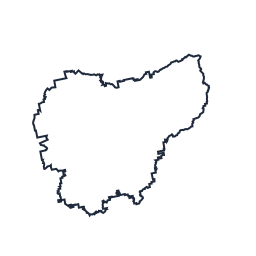 the district of Lockyer Valley, Queensland, Australia, rotated 250°
{"feature_id": "25037944B69715811070998", "entity_name": "Lockyer Valley", "entity_type": "district", "adm_level": 2, "iso_a3": "AUS", "parent_name": "Australia", "parent_adm1": "Queensland", "projection": "natural_earth1", "projection_center": [152.214, -27.681], "detail": "fine", "context": "isolated", "style": "outline", "palette": "slate", "viewbox_px": 256, "rotation_deg": 250, "n_neighbors": 0, "source": "geoboundaries", "source_scale": "gbopen_adm2", "svg_char_len": 5748}
<svg xmlns="http://www.w3.org/2000/svg" viewBox="0 0 256 256"><g transform="rotate(250 128 128)"><path d="M201.0,94.5L201.7,89.9L202.3,90.0L202.7,87.5L198.4,87.1L195.9,87.2L197.7,74.9L191.1,73.7L192.1,70.0L190.6,67.1L192.7,65.9L192.0,64.6L190.6,62.8L188.7,61.2L187.8,61.5L186.9,60.1L185.4,59.9L185.2,61.1L183.5,59.8L183.7,58.4L181.2,58.0L181.5,55.9L181.0,54.1L181.2,52.5L174.3,51.4L175.4,50.8L175.6,49.4L171.8,48.8L172.4,44.6L169.5,43.7L166.6,41.3L165.0,40.5L163.6,40.3L162.8,40.6L157.4,39.7L157.1,40.6L150.0,39.5L148.6,49.1L147.1,47.9L144.5,48.5L143.8,40.0L141.7,40.4L141.3,41.3L140.6,42.2L140.5,42.9L140.1,42.8L137.5,44.8L136.4,45.0L135.4,43.8L135.6,43.3L135.2,42.8L135.9,37.6L127.3,36.2L127.2,36.7L127.0,36.4L125.6,36.9L124.8,36.8L124.2,36.3L124.0,37.0L123.4,37.0L122.4,36.8L120.6,35.7L118.3,35.3L118.0,35.8L118.9,38.5L119.4,38.9L119.1,41.8L119.5,42.8L117.2,42.1L114.8,42.2L114.2,46.5L112.3,47.5L111.0,47.8L111.3,49.3L110.2,52.3L109.9,53.8L110.3,53.9L110.2,54.5L108.7,54.3L108.5,53.7L108.9,52.9L108.8,52.0L106.6,51.6L106.0,52.8L104.9,52.9L105.0,52.3L104.6,51.6L104.9,50.1L104.8,49.5L103.6,49.3L103.8,47.3L98.9,46.5L99.1,45.1L96.2,44.6L96.3,43.5L95.6,43.9L94.1,43.6L94.4,41.8L92.5,41.4L92.7,40.3L91.1,40.0L91.5,39.0L91.0,39.5L90.0,39.9L89.8,40.6L89.9,41.4L86.7,40.8L86.4,41.1L83.5,40.6L84.0,37.7L82.2,37.4L81.8,39.9L83.0,40.7L82.5,43.9L78.3,43.0L75.5,45.0L75.8,45.0L75.4,48.4L74.9,48.7L73.1,47.3L73.6,47.0L72.7,46.8L72.5,49.8L74.4,50.1L74.1,52.2L73.7,52.2L73.4,55.2L69.9,54.6L69.3,59.3L69.1,59.6L68.4,59.2L67.5,59.3L67.7,58.0L67.3,57.8L66.0,58.9L66.2,59.5L64.9,59.7L63.2,60.6L62.4,60.2L62.1,60.5L62.0,61.3L61.1,61.9L59.0,62.1L59.8,63.1L58.9,65.0L59.2,65.9L58.3,67.0L58.5,67.3L59.4,67.3L59.6,68.2L59.2,68.9L60.2,68.9L60.4,69.6L59.6,70.3L59.0,71.5L59.2,71.8L60.1,72.3L59.6,73.0L59.6,73.9L59.2,74.6L58.9,74.7L58.3,74.3L56.7,75.6L57.1,77.2L57.7,78.2L58.4,78.8L59.2,78.9L59.0,80.4L59.6,80.2L60.0,80.6L60.6,76.9L62.2,77.1L63.0,77.7L64.7,77.9L65.8,78.8L67.0,79.0L67.1,79.3L67.9,79.1L68.1,80.2L66.1,80.8L66.3,81.7L65.3,82.5L67.0,84.1L66.6,86.5L67.7,86.9L68.1,86.4L69.5,86.4L69.1,89.2L68.5,89.0L67.4,96.5L67.6,96.6L68.9,95.4L70.4,94.7L70.8,94.9L70.1,95.8L70.9,95.9L70.8,96.3L71.3,96.4L71.4,96.0L72.7,96.2L72.5,97.6L71.4,97.5L70.3,97.9L69.8,97.7L67.6,98.1L67.0,102.4L66.0,102.2L65.6,105.0L63.9,105.0L63.8,105.7L61.7,105.4L61.5,107.3L62.9,107.5L62.6,109.2L59.9,108.7L59.7,109.6L58.1,109.1L57.4,107.9L56.9,108.1L56.9,108.4L54.9,108.0L54.6,110.1L53.5,109.9L53.3,112.6L54.2,113.7L55.1,113.9L55.6,115.7L57.0,118.1L58.5,118.1L59.2,117.1L59.9,117.3L60.3,116.4L61.1,116.4L62.2,117.3L62.9,117.4L63.8,117.1L64.2,117.3L64.5,117.8L64.0,119.6L65.0,120.7L65.2,121.3L65.0,122.9L65.6,123.0L66.3,125.5L65.0,126.0L64.9,126.6L65.2,127.4L65.1,128.4L68.1,128.8L67.7,131.2L69.2,131.5L68.7,134.6L70.9,135.3L71.1,133.8L77.2,134.7L76.6,138.9L78.1,139.0L78.9,139.9L79.0,139.3L81.0,139.5L80.9,140.6L81.7,140.1L82.0,140.2L82.1,140.7L82.6,140.5L84.0,140.8L84.4,141.5L85.3,142.2L85.9,142.1L86.2,142.8L86.9,142.9L87.4,143.6L88.2,143.0L87.8,145.6L90.1,146.0L89.9,147.2L88.6,146.9L88.2,149.1L90.2,149.4L90.8,151.7L90.4,152.6L92.5,153.0L93.3,147.7L95.5,148.1L94.6,154.2L96.2,154.5L96.0,155.1L102.4,156.3L102.1,158.4L104.4,158.8L104.0,159.6L104.0,160.4L102.1,160.0L102.5,160.5L103.0,160.6L103.5,161.3L105.0,161.7L105.5,162.9L106.2,163.6L106.5,164.8L106.5,166.4L107.0,167.2L106.5,167.5L104.6,167.4L104.6,168.0L104.2,168.3L104.1,169.5L104.6,170.5L104.5,171.8L105.9,173.0L106.1,174.7L107.6,175.8L108.0,176.5L107.5,178.8L107.0,179.6L107.4,180.6L107.1,182.4L106.8,182.6L106.5,183.8L107.2,186.8L107.8,187.9L107.5,189.1L110.0,189.8L110.8,191.2L112.0,190.9L112.7,192.4L113.9,192.5L113.8,197.8L114.6,199.3L116.2,200.3L117.1,204.0L119.9,205.6L121.0,204.9L122.1,206.3L122.8,206.4L122.5,208.2L124.3,208.6L124.0,210.6L125.7,210.9L126.0,211.6L128.0,211.9L129.9,212.9L133.4,213.6L134.2,214.0L134.8,215.5L135.8,215.8L136.3,216.7L136.7,216.6L137.6,217.5L138.1,217.5L138.2,218.0L140.0,218.3L141.0,217.2L141.9,217.0L142.4,216.1L144.3,215.5L144.1,214.1L145.3,214.0L148.2,216.1L150.2,216.9L151.7,216.7L153.2,217.3L157.1,215.5L158.2,216.9L158.6,216.9L158.8,216.5L159.5,216.6L160.7,215.9L163.3,216.6L164.8,216.6L166.1,217.2L167.3,217.0L169.0,219.6L170.5,220.7L171.1,219.9L171.7,219.6L172.3,218.9L172.2,217.6L172.6,215.9L172.4,214.9L173.2,213.2L174.0,212.8L174.8,211.4L176.0,210.4L175.7,209.1L175.3,208.6L175.2,207.5L174.6,207.1L175.1,206.1L174.7,205.9L174.6,204.8L174.1,203.7L174.2,202.5L173.3,202.4L173.2,202.0L172.9,198.2L173.1,197.8L174.8,196.8L174.9,195.8L174.5,195.1L174.8,193.8L174.5,192.4L174.9,191.2L173.7,189.8L173.3,188.5L173.2,187.4L172.3,186.0L172.6,184.1L172.1,182.9L172.2,181.2L171.7,179.9L171.8,179.1L171.6,179.1L171.5,177.7L170.5,176.0L170.6,174.8L171.7,173.7L172.1,172.9L171.5,171.0L169.8,170.7L170.2,168.2L168.0,167.8L168.0,167.5L167.4,167.4L167.6,166.3L168.2,166.4L168.2,166.1L173.7,166.9L174.2,163.9L172.6,163.7L172.8,161.9L170.7,159.5L169.1,155.7L169.8,151.6L170.7,152.9L171.2,149.8L172.6,150.1L172.8,149.1L173.2,149.2L174.5,140.3L173.7,140.2L174.2,136.3L175.1,136.4L175.4,134.1L169.5,133.1L169.7,131.0L170.7,129.7L172.7,129.1L174.8,128.0L175.0,126.7L176.4,125.6L176.5,124.7L177.8,122.5L175.2,121.8L175.3,120.5L176.7,120.6L177.2,119.8L177.3,118.9L177.8,119.6L179.9,120.3L180.5,119.9L179.8,119.1L179.8,118.7L180.9,118.4L181.5,118.7L182.2,118.2L182.7,119.3L183.6,119.5L184.4,120.1L184.7,119.9L184.8,119.3L185.2,119.2L185.9,120.5L186.1,121.6L186.9,122.2L187.3,119.4L188.2,119.5L188.4,118.2L188.8,117.7L188.4,116.1L190.0,114.5L190.0,113.4L190.7,110.9L191.3,110.4L191.6,109.7L192.4,108.6L193.1,106.4L193.9,105.8L194.5,104.8L194.6,104.5L194.3,104.3L194.8,103.9L194.7,103.6L199.0,101.2L197.0,97.2L198.6,96.3L199.8,96.6L200.2,93.9L201.0,94.5Z" fill="none" stroke="#1e293b" stroke-width="2"/></g></svg>